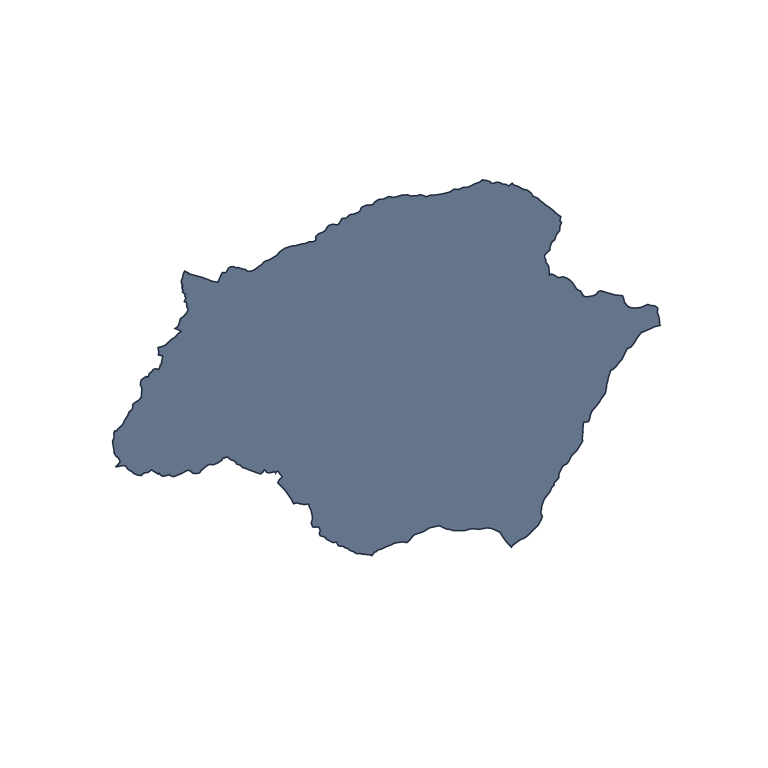 Comarnic, Prahova, Romania (Robinson projection), rotated 145°
{"feature_id": "2599482B19428684373237", "entity_name": "Comarnic", "entity_type": "district", "adm_level": 2, "iso_a3": "ROU", "parent_name": "Romania", "parent_adm1": "Prahova", "projection": "robinson", "projection_center": [25.622, 45.269], "detail": "fine", "context": "isolated", "style": "filled", "palette": "slate", "viewbox_px": 768, "rotation_deg": 145, "n_neighbors": 0, "source": "geoboundaries", "source_scale": "gbopen_adm2", "svg_char_len": 6171}
<svg xmlns="http://www.w3.org/2000/svg" viewBox="0 0 768 768"><g transform="rotate(145 384 384)"><path d="M651.7,470.1L644.8,467.0L642.7,465.1L642.7,461.2L641.8,458.6L641.0,457.4L640.3,454.2L638.3,450.9L636.6,449.6L635.6,448.2L632.4,448.7L630.7,448.3L628.2,446.9L623.8,447.0L620.6,439.6L619.4,439.9L619.2,437.2L618.3,435.4L614.9,433.7L611.7,432.9L611.8,432.1L611.2,430.8L609.4,428.6L601.1,426.8L594.4,426.0L592.8,424.5L591.7,420.4L589.2,418.3L586.7,417.1L585.7,417.1L583.1,418.0L575.3,418.7L572.7,418.0L570.6,415.9L566.1,414.7L560.9,414.5L558.6,415.7L557.9,415.5L557.2,414.8L554.4,414.5L553.0,409.7L551.3,407.8L550.4,405.1L550.7,402.9L548.3,400.0L547.7,396.3L546.5,395.3L544.1,391.4L537.1,381.5L536.1,380.9L535.0,381.3L533.8,381.2L531.3,382.3L530.8,381.1L530.9,379.1L529.8,377.7L528.3,376.6L524.6,375.2L523.7,374.1L523.9,373.1L522.5,374.0L520.9,373.4L520.9,369.8L520.5,367.3L520.7,366.7L521.7,366.1L524.5,365.7L527.7,364.0L526.0,353.6L526.0,343.2L526.8,337.8L524.5,337.0L523.1,336.1L521.0,333.3L519.4,332.2L518.9,331.1L515.6,329.5L514.8,328.9L514.7,328.5L515.7,326.4L516.2,322.3L518.5,317.0L520.0,314.5L523.5,311.8L524.4,307.9L523.4,306.8L520.7,305.1L519.8,304.3L519.6,303.7L520.3,300.5L522.8,298.7L523.3,296.3L520.4,292.7L520.4,291.1L519.9,289.3L517.1,284.0L516.1,282.8L513.9,282.1L513.7,280.4L514.2,278.8L514.1,277.6L513.1,276.3L511.3,275.2L510.3,273.7L509.9,272.2L508.3,270.4L507.2,266.9L505.2,264.2L504.0,261.0L500.7,258.6L498.7,256.3L497.4,255.6L495.5,253.6L493.7,252.3L492.4,250.3L488.3,251.7L486.6,251.1L484.0,251.5L480.9,250.2L475.1,249.3L470.1,248.0L468.2,247.9L465.0,246.9L459.0,243.8L456.4,241.0L453.4,241.2L446.6,243.0L445.3,243.0L436.4,240.4L429.2,240.0L420.6,236.5L419.8,235.8L415.9,229.1L413.7,227.3L411.7,224.6L410.1,223.2L401.8,217.5L396.5,215.8L393.4,213.8L389.7,210.5L382.0,206.9L379.3,204.5L377.9,202.7L374.1,196.0L374.4,191.2L374.3,184.9L373.3,177.2L371.0,178.0L363.7,178.3L361.3,178.2L360.1,177.8L356.4,177.2L353.8,177.3L338.8,179.9L333.6,182.4L330.1,184.7L329.6,187.8L329.0,189.3L326.8,190.9L325.2,193.2L318.7,197.8L309.9,200.5L305.7,203.1L302.8,203.5L301.9,204.7L300.8,205.5L295.2,206.6L294.3,207.2L292.7,209.5L291.8,210.3L285.2,213.9L283.4,214.3L280.5,213.7L279.3,213.9L276.6,214.9L271.1,217.8L264.0,218.9L254.2,223.2L253.7,223.6L253.0,225.6L251.3,227.2L250.3,228.9L248.8,230.0L247.2,232.7L242.4,238.2L238.7,236.1L237.5,236.1L235.5,237.5L232.6,240.3L228.6,242.8L225.8,243.3L217.6,245.7L215.4,247.0L208.9,249.1L207.6,249.8L204.1,253.1L201.9,255.9L199.1,257.9L197.0,260.2L190.4,265.1L188.4,264.7L184.6,265.0L177.9,267.1L175.2,267.5L164.6,273.4L160.6,272.6L155.2,274.2L150.3,276.5L143.9,278.5L133.4,276.3L130.0,275.9L124.2,273.6L124.2,274.3L122.2,277.4L120.8,280.3L119.9,282.4L119.0,286.0L116.3,288.9L116.6,291.0L117.4,292.8L120.4,295.3L122.2,297.9L129.8,299.4L135.2,302.5L138.4,305.4L139.7,307.9L140.1,312.4L140.0,313.3L138.3,317.4L138.0,319.5L144.2,325.0L152.8,335.9L154.8,336.7L156.6,336.6L158.7,335.7L162.5,336.5L167.2,338.8L168.5,339.6L169.4,340.7L170.0,341.7L170.0,343.0L169.7,347.7L170.7,349.0L171.7,351.3L171.4,358.5L172.2,362.7L173.3,365.6L175.8,369.2L179.1,370.5L180.5,371.6L181.7,374.8L183.5,377.9L185.8,378.5L181.5,386.1L181.4,389.1L181.7,390.7L180.3,392.7L179.8,395.6L179.3,396.5L177.8,397.6L176.7,397.9L171.1,398.6L169.6,400.9L166.1,403.3L164.3,404.0L161.5,404.2L160.8,404.6L158.7,406.4L156.7,407.5L152.1,408.9L151.3,409.7L150.4,411.1L148.8,412.7L146.0,414.4L145.9,415.2L146.4,416.7L143.1,419.8L143.9,421.4L145.4,426.3L145.6,428.4L147.1,433.4L149.3,439.0L149.5,440.8L150.2,442.2L151.6,448.2L154.3,452.7L153.9,455.8L154.8,459.1L155.7,461.0L158.2,463.7L161.4,469.9L163.4,472.2L163.8,475.0L167.9,474.7L168.5,475.0L169.6,477.8L171.8,479.2L173.5,482.4L174.7,483.8L176.0,484.7L179.7,485.8L180.7,486.5L181.0,487.2L180.8,488.3L181.1,489.1L183.0,491.4L183.4,492.3L185.6,493.6L185.8,494.7L190.1,494.6L195.5,496.1L198.9,496.4L203.2,497.4L205.9,499.5L211.5,500.7L214.8,503.4L220.2,503.6L226.7,506.1L234.4,509.8L237.2,511.9L242.5,513.4L243.2,515.3L245.8,518.5L249.2,519.3L251.8,521.4L253.4,521.8L256.6,525.9L258.6,526.8L260.5,528.3L268.8,531.1L272.6,534.9L278.0,535.7L279.6,536.4L281.4,537.8L283.0,538.3L287.5,538.4L290.0,537.4L293.2,538.8L294.1,539.7L295.8,540.6L300.1,541.5L301.9,541.3L304.3,539.5L306.6,539.4L312.1,540.8L313.5,541.8L314.9,542.3L320.2,541.6L322.6,543.3L323.7,543.7L324.6,543.4L325.5,542.5L330.6,540.8L334.2,544.2L336.3,545.1L338.4,545.5L340.6,545.1L344.1,543.4L347.2,543.5L351.3,544.6L355.2,544.0L356.2,543.1L356.9,541.1L359.4,541.0L360.8,541.4L363.7,543.5L367.8,544.2L371.4,546.1L376.9,548.0L380.3,549.9L387.0,552.0L392.9,552.2L398.4,550.9L407.4,551.6L409.4,552.5L412.0,552.8L413.6,552.7L415.9,551.7L417.2,552.2L422.8,551.9L427.0,552.2L431.2,554.5L431.5,556.5L432.1,557.7L433.6,558.8L433.8,559.5L435.0,560.7L436.7,563.1L438.6,564.1L440.0,566.6L442.6,568.1L444.8,568.2L449.7,565.9L452.4,568.0L454.7,567.0L461.7,562.6L465.5,566.4L471.8,575.7L481.0,586.6L480.4,586.9L482.5,590.8L483.8,589.9L484.0,590.2L486.3,588.5L488.0,586.6L490.1,585.4L491.5,584.1L492.2,581.9L492.1,580.9L493.0,580.7L492.9,579.6L494.2,579.0L494.3,578.7L493.9,578.5L494.8,577.8L494.7,576.1L496.4,575.2L495.7,572.4L495.1,571.5L496.8,570.3L496.7,569.4L497.0,568.0L500.3,566.2L500.3,565.7L499.3,564.5L499.2,563.7L501.4,560.1L501.4,558.3L501.9,557.2L505.1,555.3L509.7,554.3L513.4,554.3L517.5,550.8L519.8,549.3L523.4,549.3L521.3,546.3L520.1,543.4L523.4,543.4L528.7,542.2L532.1,542.5L541.1,541.3L545.4,542.3L547.2,543.3L548.3,543.4L550.3,539.0L551.9,537.7L552.1,537.2L552.0,536.7L550.6,535.8L550.5,535.1L549.4,534.8L549.2,534.1L549.4,533.6L553.6,529.7L554.1,529.2L554.2,528.4L556.2,528.0L558.4,526.1L560.5,525.3L561.2,526.4L562.3,527.5L564.5,528.3L567.3,527.4L570.0,527.3L573.2,525.1L574.8,526.7L580.3,526.6L582.6,524.9L584.3,522.7L584.3,520.8L585.5,518.5L590.4,512.4L591.5,512.3L593.2,511.4L600.4,511.7L602.0,510.8L604.0,508.2L606.1,507.4L608.4,507.6L612.5,504.9L617.6,503.0L620.1,501.3L622.1,500.5L627.3,499.9L630.0,499.1L630.5,499.1L631.2,500.0L632.9,499.2L633.9,498.3L635.2,495.7L636.7,494.3L638.6,493.3L639.6,492.3L643.4,484.2L644.6,482.5L644.9,478.3L644.0,475.5L644.8,471.6L649.6,470.2L651.7,470.1Z" fill="#64748b" stroke="#1e293b" stroke-width="1.5"/></g></svg>